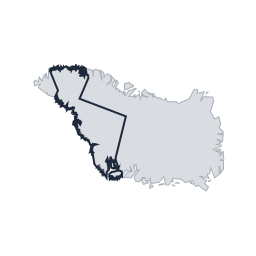 Kommuneqarfik Sermersooq highlighted on a map of Greenland, rotated 104°
{"feature_id": "GRL-2739", "entity_name": "Kommuneqarfik Sermersooq", "entity_type": "state/province", "adm_level": 1, "iso_a3": "GRL", "parent_name": "Greenland", "parent_adm1": "", "projection": "orthographic", "projection_center": [-36.556, 66.454], "detail": "fine", "context": "in_parent", "style": "outline", "palette": "slate", "viewbox_px": 256, "rotation_deg": 104, "n_neighbors": 0, "source": "natural_earth", "source_scale": "10m", "svg_char_len": 9476}
<svg xmlns="http://www.w3.org/2000/svg" viewBox="0 0 256 256"><g transform="rotate(104 128 128)"><path d="M145.0,25.4L149.6,27.4L143.3,29.6L143.4,30.5L150.4,28.1L155.4,31.9L146.6,38.1L152.4,37.7L154.0,40.0L157.3,37.2L157.3,47.3L159.9,39.1L163.2,40.3L165.8,35.6L170.2,36.9L166.5,46.6L168.1,47.4L167.8,49.1L163.2,52.7L167.1,59.0L164.9,64.3L166.0,72.4L170.0,71.3L168.1,72.7L173.1,74.6L174.2,77.3L166.5,81.5L173.3,84.8L176.3,92.5L170.6,94.5L173.4,94.2L174.7,97.8L175.8,94.5L179.0,99.3L175.2,102.4L173.0,101.7L173.0,99.6L172.3,99.0L172.1,101.6L177.6,104.2L177.9,107.6L174.2,110.2L165.4,106.9L167.7,109.2L161.7,111.1L163.8,112.5L161.4,113.8L169.5,110.0L175.7,113.0L176.7,120.0L171.3,117.8L168.9,113.4L164.3,117.1L168.7,114.7L169.7,118.0L168.5,119.2L178.3,123.0L177.7,126.4L179.5,125.1L182.1,133.1L179.8,134.2L178.9,130.8L179.0,134.6L177.1,134.9L172.3,129.0L168.0,126.7L164.7,126.7L169.1,129.2L161.8,132.7L163.2,133.9L160.5,137.8L168.0,137.1L165.2,140.8L166.0,141.0L170.9,137.0L181.0,137.1L170.6,152.0L156.8,159.2L152.2,156.3L153.0,160.1L145.3,174.2L140.9,174.3L141.8,176.9L134.2,181.7L133.3,180.7L136.0,175.5L132.9,174.7L134.3,175.8L131.5,178.0L132.5,180.6L125.3,181.7L127.4,183.7L121.7,186.1L124.8,191.2L119.3,192.4L122.9,194.1L123.0,197.7L119.3,203.3L116.2,201.7L118.2,204.0L117.0,206.0L112.8,205.7L115.8,207.3L115.5,213.6L113.4,214.6L114.5,215.0L110.5,224.8L106.8,223.8L109.7,228.8L106.1,230.6L104.0,229.4L105.1,226.4L100.1,226.4L103.3,222.7L97.7,222.4L99.2,217.3L88.9,219.5L90.9,217.9L85.6,211.5L85.8,208.9L88.3,207.7L85.0,207.7L83.0,203.1L86.1,198.6L83.4,200.0L81.3,188.8L86.5,188.2L81.1,187.0L85.8,183.8L87.9,186.4L88.0,184.1L85.9,179.1L85.9,182.8L80.4,186.7L80.5,176.6L86.6,174.1L80.8,175.5L78.8,173.7L79.2,169.7L88.4,164.5L78.7,168.6L80.5,164.6L84.5,163.5L80.4,161.5L81.1,157.7L86.0,155.9L91.7,159.4L86.7,155.4L81.6,156.7L85.0,151.6L89.6,154.2L91.6,151.7L84.5,150.6L86.3,148.3L92.2,149.9L93.6,148.5L92.1,148.6L93.4,145.4L95.9,145.6L93.6,144.7L97.5,138.2L92.0,136.6L87.1,129.4L97.2,134.8L95.4,128.8L97.5,129.4L92.4,125.3L96.9,123.1L92.2,122.8L93.5,121.1L93.6,116.1L92.8,116.2L92.9,120.1L90.5,123.4L86.4,121.3L90.5,115.2L88.2,116.1L89.4,114.9L88.9,113.8L92.2,111.0L90.2,109.2L92.0,106.8L90.7,104.2L91.9,102.8L92.1,99.4L89.8,98.7L93.1,96.1L90.7,87.6L91.8,86.6L91.9,84.9L85.0,75.8L74.7,73.1L74.0,69.6L77.6,69.1L74.4,62.9L84.5,64.3L79.2,61.8L77.5,53.2L81.3,51.3L92.2,52.0L98.3,46.1L95.1,42.7L101.5,39.0L105.8,39.7L108.3,35.1L109.8,34.1L112.5,40.2L111.3,34.1L117.8,33.0L118.3,34.8L117.1,39.0L118.3,37.4L119.4,33.7L122.6,38.0L122.0,33.2L123.1,33.3L128.3,40.2L129.6,34.4L128.5,31.9L133.2,32.4L127.8,30.1L134.6,27.6L136.8,30.5L137.1,29.1L136.3,27.4L145.0,25.4ZM86.5,132.7L92.0,140.7L85.7,142.2L83.4,137.3L85.7,135.9L84.8,133.9L86.5,132.7ZM170.3,132.0L170.8,134.4L168.8,136.5L163.5,137.0L164.1,133.1L170.3,132.0ZM128.5,37.6L126.6,35.1L126.3,32.8L128.9,34.3L128.5,37.6ZM167.1,51.4L166.2,54.4L165.1,53.6L167.1,51.4ZM179.0,89.6L181.3,92.3L177.9,93.0L177.4,90.9L179.0,89.6ZM176.1,84.7L174.0,81.8L173.4,79.6L174.2,79.8L176.1,84.7ZM90.9,110.9L89.3,112.9L88.1,111.1L90.9,110.9ZM160.5,37.1L160.1,37.4L158.8,35.5L159.0,35.1L160.5,37.1ZM96.1,139.5L93.9,141.6L94.1,139.0L96.1,139.5ZM169.2,65.2L170.1,69.3L168.7,66.0L169.2,65.2ZM75.6,60.3L74.2,60.3L73.8,59.3L75.6,60.3ZM91.1,125.1L89.8,126.6L89.7,126.2L91.1,125.1ZM173.2,70.5L172.4,71.1L172.8,69.2L173.2,70.5ZM97.4,219.4L96.3,221.8L94.8,220.5L97.4,219.4ZM95.4,130.2L94.2,129.8L94.2,129.5L94.8,129.0L95.4,130.2ZM137.1,181.1L136.2,182.3L136.1,180.8L137.1,181.1Z" fill="#d9dde1" stroke="#a8b0b8" stroke-width="1"/><path d="M163.0,131.5L164.1,132.8L161.8,132.8L163.3,133.6L162.6,136.4L160.0,137.8L168.6,137.2L162.3,140.6L165.8,141.3L167.1,138.5L168.9,138.7L171.5,136.4L171.8,136.4L171.3,136.9L171.7,137.5L172.5,136.6L176.2,138.0L181.4,136.8L178.4,140.0L179.4,140.6L176.7,141.3L177.9,142.2L177.5,143.3L175.7,142.9L176.8,144.2L174.8,144.5L175.3,146.1L173.7,146.1L174.5,147.0L173.5,147.4L173.8,148.4L172.6,148.0L173.4,148.9L171.1,151.9L162.4,155.6L162.7,156.4L161.6,157.1L161.9,157.5L160.2,155.7L159.6,156.7L159.9,157.2L158.9,157.3L159.8,158.5L157.2,157.5L158.6,159.0L154.8,159.2L154.2,158.1L154.8,157.7L153.4,157.7L151.6,154.7L151.6,156.4L153.2,158.3L151.9,158.0L151.9,158.3L153.3,158.7L153.4,160.7L149.7,163.0L150.2,163.5L149.2,164.2L149.6,165.6L148.5,165.9L149.4,166.9L148.4,167.2L148.9,168.4L147.4,169.2L147.8,169.6L147.3,169.6L147.3,170.7L147.6,171.2L147.1,170.9L146.5,173.0L145.9,171.4L145.6,172.4L146.0,173.3L145.2,174.8L144.1,175.6L143.6,174.4L143.2,175.3L143.9,175.8L143.3,176.0L141.1,174.3L142.1,176.0L141.5,176.3L141.8,176.3L142.0,177.2L141.4,176.4L140.7,177.3L141.5,177.4L139.3,178.9L139.2,177.4L138.5,177.4L136.9,179.6L136.6,177.6L136.2,180.2L134.5,178.6L133.8,179.1L134.1,177.7L136.3,175.2L133.0,174.7L134.5,175.8L133.4,176.0L133.9,176.4L133.0,177.1L133.5,177.5L133.2,178.8L131.6,177.9L132.9,179.8L132.5,181.2L130.6,180.7L131.1,181.8L129.3,181.9L128.4,180.2L128.9,181.6L127.3,180.7L126.7,182.2L125.2,182.1L126.7,183.0L126.1,183.5L126.7,184.5L125.3,185.1L126.0,185.8L121.6,185.3L122.0,186.6L121.4,186.8L123.3,189.3L123.0,191.2L124.0,192.2L119.4,192.7L123.1,194.3L122.0,195.6L123.1,197.7L118.8,196.8L122.2,198.8L120.5,199.3L120.9,200.0L120.0,198.9L121.0,200.3L120.5,200.5L119.5,198.9L120.1,200.3L119.2,199.1L118.8,199.4L119.6,200.1L120.5,201.2L119.4,200.1L118.9,200.0L118.3,198.9L117.5,199.5L119.1,202.7L116.9,201.4L118.7,203.5L116.0,202.6L118.3,203.8L117.7,205.1L116.7,204.7L115.4,205.1L115.5,204.0L114.3,204.5L115.0,205.0L114.3,204.9L114.6,206.1L108.6,205.0L91.3,217.6L88.3,217.5L90.7,217.4L90.4,217.0L91.2,216.2L89.4,215.9L90.8,214.9L88.5,216.2L89.1,215.5L87.7,215.1L88.8,214.8L88.3,214.7L88.5,214.3L89.1,214.4L89.2,214.2L86.2,213.3L89.9,212.8L88.8,212.7L89.5,212.1L86.6,212.9L85.5,211.8L88.5,211.7L86.6,211.5L87.6,210.1L86.4,210.5L88.3,208.5L86.1,210.4L85.7,210.0L86.6,208.9L85.4,209.4L88.3,207.7L87.3,207.5L87.8,206.5L86.8,207.9L84.9,207.8L85.8,207.1L84.9,206.7L86.3,207.3L86.6,206.5L85.0,206.3L86.8,205.7L84.3,205.4L84.8,205.0L83.1,202.8L85.6,199.8L83.7,201.1L84.0,199.9L86.5,198.5L84.5,199.0L83.9,199.9L83.4,200.3L84.7,198.5L83.4,198.8L83.1,197.5L85.5,196.8L83.4,196.3L82.6,196.4L82.0,196.8L82.7,196.0L81.7,196.5L81.6,195.0L84.9,195.1L81.4,193.9L83.4,193.4L82.1,193.3L82.4,192.3L82.9,192.8L84.3,192.8L84.2,193.1L84.6,192.6L82.4,192.2L81.9,193.4L81.4,193.0L80.8,192.9L81.5,192.3L80.7,191.5L81.5,191.4L80.9,190.9L82.2,190.8L83.5,190.0L81.3,190.5L81.9,189.3L80.9,188.7L87.3,188.5L85.4,188.2L86.4,186.8L81.9,188.3L81.2,187.7L82.3,187.8L80.9,187.1L84.0,187.5L84.4,187.3L83.7,186.9L84.6,185.9L86.6,186.6L87.3,186.2L84.9,184.3L86.7,183.7L87.4,185.9L89.3,187.6L87.6,183.8L88.7,182.8L86.5,183.1L86.4,181.0L86.2,179.8L89.0,178.5L111.3,182.1L117.2,132.9L160.6,132.8L163.0,131.5ZM176.5,121.9L175.4,124.5L177.0,122.8L176.6,124.1L177.0,124.8L178.5,123.0L177.3,125.0L177.9,127.4L178.4,125.3L179.4,124.9L179.2,125.5L179.8,125.7L179.4,126.3L180.2,126.3L179.3,127.0L180.0,127.0L180.3,128.0L179.8,127.6L180.3,128.2L178.7,129.1L180.5,128.6L179.9,129.6L181.1,129.5L180.4,130.9L181.2,130.8L180.9,131.5L181.7,131.5L181.3,132.7L182.2,133.3L179.9,134.3L178.7,130.9L178.5,132.2L179.1,134.5L177.1,135.0L174.6,133.3L173.6,130.6L171.8,127.8L170.6,128.6L169.6,127.5L171.8,127.2L171.4,125.5L171.8,123.5L176.5,121.9ZM170.9,133.5L169.3,135.7L168.5,135.3L163.2,137.3L165.5,133.2L167.8,132.3L169.3,130.8L170.9,133.5ZM167.4,127.5L169.8,128.9L166.4,132.6L164.4,132.8L163.4,131.2L167.2,128.8L167.4,127.5ZM85.9,181.1L86.2,183.2L84.0,184.0L84.8,182.6L83.9,182.6L81.5,186.1L79.6,186.4L80.3,183.6L85.9,181.1ZM135.9,180.3L135.1,180.6L135.8,181.0L134.2,181.9L133.3,180.8L134.4,179.0L135.9,180.3ZM124.9,191.1L123.6,191.0L123.3,189.0L122.4,187.3L123.8,188.0L124.1,189.9L123.7,190.2L124.9,191.1ZM120.4,201.4L119.3,201.8L117.7,199.5L118.4,199.4L119.2,200.7L120.4,201.4ZM85.1,185.0L83.3,187.1L82.6,187.0L84.3,184.6L85.1,185.0ZM164.1,134.7L163.9,133.4L165.2,133.1L165.0,133.8L164.1,134.7ZM115.2,205.1L117.1,206.0L114.8,205.6L115.2,205.1ZM83.6,185.3L82.2,185.5L84.1,184.4L83.6,185.3ZM121.3,193.1L123.0,193.3L122.8,193.5L121.4,193.4L121.3,193.1ZM177.7,141.4L178.6,141.0L178.9,141.5L177.7,141.4ZM160.8,157.4L160.4,158.1L159.8,157.6L160.3,157.3L160.8,157.4ZM137.8,179.0L138.3,178.6L138.7,178.6L138.3,180.0L137.8,179.0ZM136.6,180.5L136.9,181.8L136.1,180.9L136.6,180.5ZM168.2,136.0L169.1,135.8L168.3,136.2L168.2,136.0ZM119.7,202.1L119.4,202.7L119.1,202.1L119.7,202.1ZM137.6,179.3L137.5,180.4L136.9,179.8L137.6,179.3ZM127.7,183.9L127.7,184.2L126.6,183.7L127.7,183.9ZM118.4,204.9L119.0,203.7L118.9,204.0L118.4,204.9ZM82.9,197.2L82.3,197.4L82.1,196.9L82.6,196.5L82.9,197.2ZM87.1,214.1L88.2,214.0L88.4,214.4L87.1,214.1ZM83.5,196.5L83.1,197.3L82.9,197.0L83.5,196.5ZM89.9,217.1L88.7,216.9L88.6,216.7L89.9,217.1ZM139.2,179.2L139.9,179.2L139.1,179.6L139.2,179.2ZM79.7,187.5L80.4,186.9L80.4,187.1L79.7,187.5ZM118.7,203.1L119.2,202.8L119.6,203.2L119.3,203.4L118.7,203.1ZM169.7,130.5L170.3,130.6L170.5,131.2L170.2,131.1L169.7,130.5ZM136.2,182.3L136.5,181.8L136.8,182.1L136.6,182.1L136.3,182.3L136.2,182.3ZM147.4,170.7L147.9,170.9L147.5,171.0L147.4,170.7ZM81.2,193.1L81.6,193.5L80.8,193.6L81.2,193.1ZM142.3,176.5L142.3,176.0L142.7,176.0L142.3,176.5ZM86.0,211.0L86.6,211.0L86.5,211.3L86.0,211.0ZM121.8,198.4L122.4,198.3L122.5,198.4L121.8,198.4ZM82.7,197.4L82.7,198.0L82.5,197.6L82.7,197.4ZM149.1,167.9L149.1,167.4L149.5,167.3L149.1,167.9ZM116.8,205.1L117.2,205.4L117.4,205.4L117.0,205.6L116.8,205.1ZM86.4,214.7L86.9,214.4L87.4,214.6L86.4,214.7Z" fill="none" stroke="#1e293b" stroke-width="2"/></g></svg>